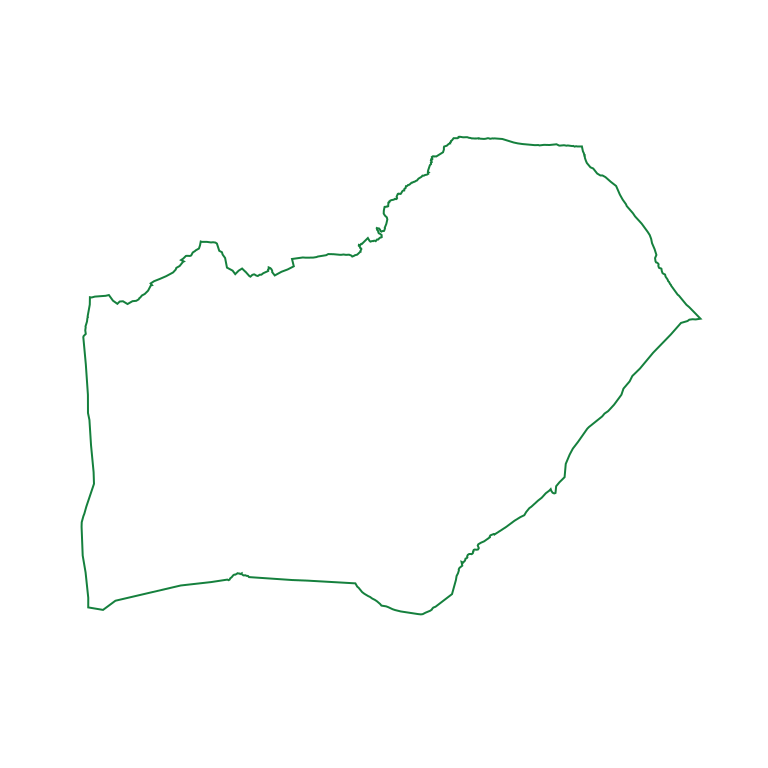 Krødsherad nor, Buskerud, Norway (orthographic projection), rotated 278°
{"feature_id": "86288312B702333415323", "entity_name": "Krødsherad nor", "entity_type": "district", "adm_level": 2, "iso_a3": "NOR", "parent_name": "Norway", "parent_adm1": "Buskerud", "projection": "orthographic", "projection_center": [9.773, 60.192], "detail": "fine", "context": "isolated", "style": "outline", "palette": "green", "viewbox_px": 768, "rotation_deg": 278, "n_neighbors": 0, "source": "geoboundaries", "source_scale": "gbopen_adm2", "svg_char_len": 6146}
<svg xmlns="http://www.w3.org/2000/svg" viewBox="0 0 768 768"><g transform="rotate(278 384 384)"><path d="M121.6,122.2L121.2,137.2L132.0,148.2L156.2,210.8L163.8,240.4L168.5,256.1L168.1,257.4L168.8,258.3L170.2,258.8L171.4,260.0L173.7,261.4L174.4,262.3L174.5,263.2L174.8,263.7L176.2,265.3L176.0,265.8L176.2,266.3L176.2,267.3L175.8,268.1L176.6,269.3L176.1,269.3L175.0,271.2L174.9,271.7L175.3,273.2L174.9,274.7L175.0,276.0L174.0,277.2L177.1,320.4L178.6,335.2L182.6,383.4L179.6,385.7L178.7,387.2L174.9,391.3L173.5,393.8L171.8,397.8L171.2,399.8L169.9,402.2L169.0,404.9L167.9,407.2L165.6,410.8L164.2,412.3L164.1,417.1L163.6,419.3L162.2,423.8L161.7,426.4L161.1,432.3L160.9,450.0L161.0,452.6L161.5,454.4L163.3,456.9L165.9,461.3L167.3,462.8L168.1,463.0L169.5,464.0L170.6,466.0L185.4,480.6L199.9,482.5L204.0,482.6L206.8,483.6L209.9,484.1L210.9,483.8L212.5,484.4L215.0,486.8L218.7,485.5L218.6,485.9L217.9,487.0L220.4,488.8L222.4,489.0L223.1,490.2L223.9,490.7L224.9,490.3L226.5,490.8L227.5,492.0L227.8,493.9L227.7,494.5L228.7,495.5L230.3,495.5L230.6,495.9L231.6,495.7L232.2,496.0L232.7,496.8L232.8,499.0L233.3,500.2L234.7,500.7L237.1,499.3L238.4,499.7L240.4,502.2L242.1,505.0L247.0,510.2L247.8,509.9L249.0,510.5L250.8,513.7L250.8,514.2L250.4,514.4L259.3,524.7L266.8,532.3L271.2,537.6L273.6,541.2L277.0,542.6L281.3,545.2L283.0,547.0L290.0,552.8L293.3,556.0L298.3,559.4L301.4,562.5L303.1,563.7L301.5,564.5L299.8,566.1L299.4,567.3L299.4,568.1L300.0,569.0L306.7,568.7L311.1,571.4L316.9,575.8L330.2,575.1L340.0,577.7L346.3,580.0L353.7,584.2L368.0,591.5L370.0,593.0L382.3,604.6L385.4,606.5L388.3,609.7L395.5,614.7L406.4,620.6L412.8,621.8L420.8,626.9L426.5,628.8L434.9,635.3L452.5,646.2L472.9,661.1L485.8,669.6L488.6,675.8L490.2,677.4L491.1,680.6L491.3,683.6L492.7,688.3L502.7,675.4L504.5,672.5L512.6,663.7L513.3,662.4L521.4,654.6L522.0,654.4L522.9,653.3L524.7,652.1L525.4,651.1L526.9,650.3L529.5,647.9L531.5,647.1L532.2,645.0L532.7,644.3L534.7,643.3L536.7,642.7L537.1,642.0L537.1,640.8L537.4,640.1L539.2,639.2L540.5,639.3L541.3,638.9L542.2,637.4L542.3,636.5L543.3,635.8L546.4,634.9L549.7,635.8L555.2,633.2L560.8,629.8L564.8,628.4L568.5,626.4L571.4,623.9L578.7,616.8L584.9,609.3L587.7,606.8L594.0,599.6L595.7,598.6L599.8,594.7L604.4,591.2L612.4,586.3L615.8,580.4L619.7,574.5L620.9,571.4L620.6,569.3L622.1,565.8L626.5,561.2L627.3,558.3L631.1,554.1L633.1,552.9L635.8,551.5L638.3,550.9L638.1,550.6L640.3,549.8L642.1,548.6L646.8,546.9L646.1,542.4L646.2,541.1L645.6,539.7L646.1,538.3L645.8,537.3L645.8,532.8L645.4,531.7L645.5,529.0L644.5,524.8L644.5,524.2L645.4,521.5L643.7,514.6L643.1,509.2L641.9,504.7L642.1,503.7L641.5,499.9L640.9,487.9L640.9,483.0L641.2,478.8L643.1,467.1L642.6,459.3L642.3,458.1L642.4,457.6L641.6,454.9L641.9,453.6L641.8,452.4L641.1,450.8L640.6,448.9L640.3,444.8L640.6,443.8L640.2,443.4L640.4,443.0L639.8,440.6L639.9,440.2L639.7,439.6L639.6,437.6L639.4,436.9L639.7,435.2L639.6,434.1L640.0,432.0L639.3,428.0L639.4,424.7L639.1,423.5L638.4,423.6L637.6,422.5L637.1,418.7L634.7,417.4L634.1,416.6L633.0,416.6L632.3,415.8L631.5,416.0L631.4,415.5L631.0,415.2L630.7,414.6L628.7,413.0L627.5,410.5L626.1,410.4L624.7,410.7L621.7,410.2L616.6,404.1L616.5,402.5L616.2,402.0L616.4,400.9L615.5,399.8L614.6,400.2L614.1,399.9L613.5,400.6L613.1,400.5L612.8,399.4L611.8,399.3L611.3,400.0L610.4,400.4L609.8,399.6L608.3,400.0L607.1,399.0L601.8,398.0L600.6,397.9L600.0,398.3L599.8,398.7L599.4,398.1L598.3,398.6L597.3,397.4L596.7,395.6L595.8,394.4L595.7,393.1L594.4,392.3L592.2,389.6L590.1,388.3L589.5,387.2L588.5,386.1L588.2,385.0L587.3,384.1L587.2,383.3L584.9,381.4L584.4,380.1L583.7,379.7L583.0,378.9L582.9,378.2L581.0,378.1L580.2,377.1L578.5,377.1L578.4,376.3L577.6,375.4L574.7,374.2L574.5,373.9L574.6,373.0L574.3,372.3L574.5,371.7L574.1,371.2L571.2,370.4L569.9,371.1L569.0,370.7L568.7,370.2L568.9,369.1L567.9,368.0L567.1,365.7L566.4,364.6L565.6,364.3L565.4,363.8L564.6,363.9L564.2,363.1L560.6,363.4L560.2,362.8L560.2,362.0L559.7,361.3L559.6,360.2L559.4,359.9L555.5,359.7L552.7,360.0L550.9,361.5L549.4,363.6L547.4,364.4L542.8,364.0L538.8,363.0L538.4,363.3L536.5,363.0L535.5,362.6L535.2,361.1L534.6,360.3L534.9,360.0L534.9,359.4L535.2,359.1L536.3,358.6L537.4,357.3L537.2,356.0L537.5,355.2L537.3,355.1L535.6,355.8L534.9,356.7L533.0,357.5L532.5,358.0L532.4,358.7L531.2,360.9L529.1,361.3L528.8,360.9L528.6,360.1L527.7,359.1L526.3,358.2L526.2,357.1L524.3,355.9L524.6,355.1L524.5,354.1L524.0,353.5L523.9,352.4L523.1,350.7L523.8,349.7L526.3,347.7L519.6,342.6L519.7,342.1L519.4,341.7L518.3,341.2L518.2,340.7L518.3,339.8L517.4,339.8L516.4,341.1L515.4,341.5L515.0,342.6L514.4,342.8L512.3,342.1L511.7,342.4L511.3,341.8L508.4,339.5L507.3,337.0L506.6,336.3L505.8,334.8L506.6,333.9L507.2,331.4L506.6,328.4L506.6,325.9L506.0,323.7L505.8,322.1L505.5,315.9L504.9,310.7L503.5,308.8L501.0,300.7L500.3,299.5L499.3,296.2L498.2,288.9L498.0,286.0L495.0,275.5L488.0,278.3L484.0,272.6L480.9,266.9L476.3,260.7L479.2,257.7L480.4,257.6L481.8,256.7L482.9,255.4L483.4,253.6L481.6,253.8L481.2,253.3L479.8,253.6L476.9,249.0L475.2,247.4L474.9,245.7L473.4,244.0L473.6,242.4L474.5,240.4L474.3,239.5L473.6,238.3L471.7,236.8L472.1,235.7L476.0,231.1L476.0,230.9L478.6,227.4L476.0,224.3L472.1,221.4L475.2,218.3L477.4,212.3L486.7,209.1L489.7,206.2L491.9,205.2L493.0,202.3L499.8,199.0L500.6,197.4L500.6,195.0L500.1,193.0L500.1,188.7L499.4,183.8L499.6,182.7L495.7,182.5L492.4,181.9L490.1,178.9L489.4,178.4L487.6,176.3L484.5,175.2L483.8,174.0L483.5,170.9L483.2,170.0L480.1,167.6L478.5,165.8L477.5,168.7L476.9,167.9L472.4,165.2L470.1,162.2L468.3,161.8L465.1,159.6L460.4,153.2L456.8,147.3L453.8,142.0L451.1,138.9L449.6,140.5L449.2,139.4L443.6,137.4L439.8,134.5L438.0,132.0L435.6,130.5L435.0,129.8L433.7,129.3L431.9,127.1L431.0,123.4L427.5,118.9L429.6,114.0L428.9,110.8L426.3,108.8L428.8,104.0L433.8,99.2L432.6,96.1L430.3,85.5L429.0,82.5L429.0,80.7L421.7,81.6L409.6,81.1L409.0,81.5L408.0,81.1L404.6,81.2L399.5,80.4L398.5,80.7L395.6,80.7L392.1,81.7L389.7,79.9L388.6,79.7L361.9,86.0L332.1,92.3L314.1,94.9L307.4,97.3L282.6,102.4L256.3,108.7L244.8,110.7L221.2,106.3L213.8,105.3L211.3,104.7L205.1,103.9L200.5,104.4L172.2,109.5L155.9,114.7L131.1,120.9L121.6,122.2Z" fill="none" stroke="#15803d" stroke-width="2"/></g></svg>